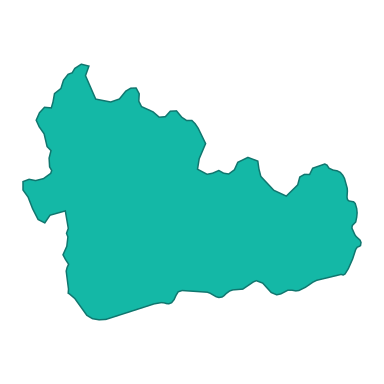 map outline of Kardzhali (orthographic projection)
{"feature_id": "BGR-2237", "entity_name": "Kardzhali", "entity_type": "Province", "adm_level": 1, "iso_a3": "BGR", "parent_name": "Bulgaria", "parent_adm1": "", "projection": "orthographic", "projection_center": [25.602, 41.573], "detail": "fine", "context": "isolated", "style": "filled", "palette": "teal", "viewbox_px": 384, "rotation_deg": 0, "n_neighbors": 0, "source": "natural_earth", "source_scale": "10m", "svg_char_len": 1975}
<svg xmlns="http://www.w3.org/2000/svg" viewBox="0 0 384 384"><path d="M326.9,165.0L329.0,168.2L333.1,170.1L337.1,170.8L340.3,172.4L342.8,175.3L344.5,178.5L347.2,188.2L347.4,191.1L347.0,197.1L347.5,199.7L349.1,201.0L353.6,201.8L355.2,203.5L356.7,208.6L357.1,212.9L356.7,217.2L355.7,222.0L352.3,225.5L351.9,228.1L354.9,234.8L356.1,236.5L360.1,240.2L361.0,242.5L360.5,245.6L359.0,246.5L357.2,247.2L355.7,249.5L352.6,259.0L348.3,268.7L345.0,274.0L343.2,275.0L341.1,274.4L316.7,280.3L313.0,282.1L305.4,287.3L298.9,290.5L295.8,290.9L291.9,290.2L287.9,290.2L280.8,293.9L276.7,294.8L271.2,292.5L262.7,283.1L256.3,280.7L253.4,281.9L242.8,289.1L232.8,289.9L229.6,291.0L226.1,293.6L224.0,295.7L222.1,297.0L218.9,297.5L216.1,296.7L210.1,293.2L207.3,292.2L182.1,290.5L178.2,291.8L176.0,295.4L174.1,299.6L171.6,302.7L168.8,303.8L166.5,303.6L164.3,302.9L161.3,302.6L154.0,303.9L105.9,319.4L99.1,319.8L92.5,318.7L86.9,315.4L74.8,298.5L69.3,293.8L68.2,293.2L68.5,289.1L66.2,271.1L67.1,267.5L68.6,264.2L65.5,259.5L63.0,254.8L66.8,246.3L67.9,236.9L66.5,233.3L68.3,228.4L65.3,210.9L50.0,215.2L44.8,222.9L38.1,219.5L32.6,208.7L28.1,197.1L23.0,190.0L23.0,181.6L29.1,179.3L35.6,180.6L43.5,178.6L50.7,173.4L51.7,170.5L49.6,166.9L49.1,158.1L51.0,150.6L47.1,146.6L44.1,133.8L39.2,126.8L36.2,120.2L39.5,112.7L44.5,107.3L51.3,107.9L53.0,102.0L54.5,93.6L60.9,88.5L63.5,80.2L68.1,74.3L72.2,72.8L74.8,68.4L81.3,64.2L88.9,66.1L85.5,75.7L95.7,99.1L110.7,102.0L119.4,99.0L125.8,91.1L130.7,88.2L136.1,88.0L139.2,93.8L138.8,101.2L141.5,106.6L153.1,111.9L159.2,117.2L165.3,116.7L170.3,111.2L176.5,110.9L181.8,117.3L186.6,120.5L191.9,120.5L195.1,123.7L198.2,128.3L205.6,143.6L199.2,158.7L197.5,169.2L207.1,174.3L212.6,173.2L218.8,170.5L223.6,173.2L228.7,174.0L234.4,169.8L237.8,162.3L247.9,157.4L257.8,161.1L258.9,168.9L260.8,176.4L273.8,190.3L286.3,196.1L297.7,184.9L299.8,177.0L304.4,174.4L309.6,174.5L312.7,168.2L324.8,164.0L326.7,165.0L326.9,165.0Z" fill="#14b8a6" stroke="#0f766e" stroke-width="1.5"/></svg>